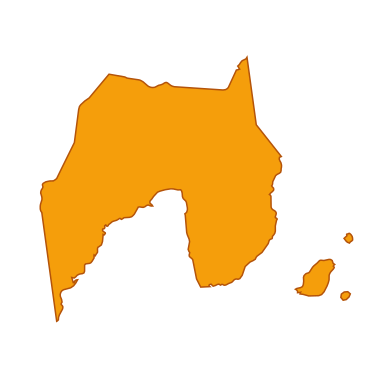 outline of Morobe, rotated 82°
{"feature_id": "PNG-1253", "entity_name": "Morobe", "entity_type": "Province", "adm_level": 1, "iso_a3": "PNG", "parent_name": "Papua New Guinea", "parent_adm1": "", "projection": "mercator", "projection_center": [147.281, -6.648], "detail": "fine", "context": "isolated", "style": "filled", "palette": "amber", "viewbox_px": 384, "rotation_deg": 82, "n_neighbors": 0, "source": "natural_earth", "source_scale": "10m", "svg_char_len": 4821}
<svg xmlns="http://www.w3.org/2000/svg" viewBox="0 0 384 384"><g transform="rotate(82 192 192)"><path d="M169.3,98.6L169.8,100.5L171.5,101.1L173.5,100.6L175.2,99.9L177.8,99.6L179.7,99.9L181.4,100.5L183.2,100.8L184.8,101.5L185.7,103.1L186.4,105.2L187.4,106.9L193.2,110.7L194.1,110.8L195.2,111.1L196.2,111.5L197.0,112.3L198.0,111.8L199.6,110.7L200.8,110.7L201.5,110.9L202.7,112.2L204.2,114.6L205.3,115.7L205.8,115.0L207.1,114.4L217.4,115.7L218.4,115.7L219.5,115.4L220.8,114.4L221.8,113.1L222.9,112.0L224.5,111.5L225.5,111.7L228.3,113.0L229.0,113.0L229.3,112.8L229.4,112.4L229.8,111.9L230.6,111.4L231.1,111.6L231.7,112.2L237.2,114.2L242.3,114.9L244.3,115.7L245.8,117.0L247.0,118.4L247.5,118.6L248.8,118.9L249.3,119.2L249.5,119.8L249.7,120.9L250.0,121.5L250.7,122.3L253.7,123.7L261.6,131.1L264.5,136.4L265.6,137.6L267.4,138.7L268.5,141.2L269.4,144.2L270.6,146.0L273.2,149.7L281.5,153.9L284.4,156.7L284.8,158.3L284.6,159.3L284.3,160.2L284.4,161.5L285.1,162.9L286.1,164.0L287.0,165.3L287.7,168.4L288.7,171.1L288.9,172.5L288.6,173.5L287.9,174.3L287.6,175.3L288.2,176.7L287.0,178.2L287.1,179.8L287.8,181.7L288.2,184.1L287.8,184.6L286.3,185.6L285.9,186.0L286.1,187.3L286.6,188.1L287.4,188.2L288.2,187.5L287.4,196.6L278.7,199.6L259.1,200.7L258.1,201.3L256.1,203.1L255.3,203.6L254.0,203.6L252.8,203.1L251.6,202.7L250.4,203.3L248.3,203.8L240.9,201.3L238.3,201.4L233.7,202.6L231.4,202.9L214.0,201.9L212.6,202.1L212.0,201.0L211.2,200.1L210.1,199.5L208.8,199.0L207.0,198.8L201.5,199.0L200.0,199.5L197.3,201.6L195.4,202.1L191.7,201.9L189.8,202.1L188.2,202.9L188.0,205.6L186.3,210.3L185.9,212.8L186.0,218.2L186.7,223.6L187.4,226.2L191.1,230.7L193.5,232.9L194.6,234.3L195.3,234.9L196.6,235.2L197.5,235.0L198.9,233.6L200.4,232.9L200.2,234.4L199.7,235.6L199.1,236.5L198.8,237.4L199.0,238.8L200.0,240.6L200.4,242.1L200.2,243.5L199.4,246.2L199.6,247.5L200.0,247.7L205.8,252.1L207.0,253.5L208.1,255.2L208.4,257.5L208.0,262.8L208.8,264.4L209.3,265.6L209.0,266.1L208.3,266.6L208.1,267.5L208.7,268.6L209.5,270.6L210.0,274.0L210.3,275.1L212.1,278.0L212.6,279.0L213.3,279.5L213.8,279.9L214.1,280.5L214.0,281.1L213.4,281.5L212.8,281.7L212.6,282.0L213.3,283.2L213.8,283.3L214.5,283.1L215.7,283.6L216.2,284.4L216.1,285.2L216.4,285.7L217.9,285.9L218.4,285.6L220.3,283.6L221.0,283.6L221.6,284.2L222.2,284.7L222.3,285.3L221.7,285.9L228.5,287.5L231.8,289.1L233.2,291.7L233.7,292.9L234.7,293.4L235.8,293.6L236.7,293.7L238.4,293.9L239.4,294.7L240.3,295.6L241.7,296.7L240.7,297.7L241.4,297.9L242.7,298.0L243.9,298.3L246.6,300.5L247.9,301.9L248.4,303.2L248.4,307.4L249.4,308.5L255.5,309.4L257.1,310.3L257.6,311.9L257.6,314.8L258.4,317.2L259.9,319.0L260.8,320.7L259.9,323.0L265.3,322.2L265.3,321.3L264.3,320.9L263.5,320.1L263.0,319.0L263.0,317.5L266.0,319.8L268.4,322.3L270.0,325.5L270.9,332.8L271.8,334.7L273.3,336.0L275.2,336.8L277.1,336.9L280.4,336.1L282.9,336.0L283.5,336.4L284.2,337.0L285.0,337.2L286.3,336.4L287.3,335.9L288.6,336.0L289.9,336.5L295.2,340.4L297.6,341.6L300.0,342.1L300.9,343.2L301.2,344.0L191.4,343.6L190.2,344.2L189.5,344.4L188.5,344.6L187.5,344.6L185.2,344.3L183.9,344.0L182.8,343.6L178.8,341.7L177.0,341.4L175.2,341.5L172.0,342.0L170.5,341.6L169.2,341.0L167.0,339.2L165.8,338.9L164.6,339.1L163.6,339.0L162.7,338.1L161.6,335.4L161.4,333.3L161.3,331.3L161.7,327.7L160.7,325.5L159.8,324.1L150.6,317.9L126.7,301.6L94.4,292.7L91.6,291.5L90.0,289.9L86.9,285.4L84.6,280.8L63.8,257.8L68.6,242.9L69.1,241.9L69.9,240.9L70.4,239.7L73.4,229.5L73.9,228.1L74.9,226.6L76.2,225.0L80.8,221.0L81.7,219.9L82.6,218.2L83.1,216.2L83.1,214.1L81.7,210.2L81.5,207.9L81.1,206.1L80.4,204.6L79.9,203.2L80.0,201.9L80.8,200.8L83.4,198.3L84.5,196.7L85.3,194.8L95.3,147.1L95.3,144.5L94.6,142.8L93.6,141.5L79.0,132.1L77.4,131.1L77.3,129.4L76.9,127.7L76.2,128.1L74.4,128.8L73.7,129.2L72.3,127.3L70.5,125.8L69.0,124.1L67.7,120.1L66.2,118.8L134.4,119.0L168.8,98.9L169.3,98.6ZM309.2,75.1L311.6,77.9L312.3,80.9L311.2,90.8L308.8,96.3L308.0,99.2L306.9,98.7L306.4,98.4L306.5,99.2L306.4,100.7L306.4,101.5L305.3,101.3L304.4,101.5L303.5,102.1L302.7,103.1L302.1,101.6L301.8,97.9L301.2,96.1L300.2,95.2L298.9,94.6L295.8,93.8L292.1,93.5L290.4,92.7L288.9,90.8L288.6,90.0L288.2,87.6L287.5,86.7L283.3,83.1L282.0,81.5L279.7,77.8L278.0,75.7L277.5,74.7L277.5,73.8L278.2,70.9L277.8,65.6L278.2,64.0L279.4,62.7L282.2,62.2L283.6,60.8L283.9,61.4L284.2,61.6L284.6,61.9L285.1,62.4L285.5,62.0L285.8,61.9L286.2,61.8L286.7,61.7L288.0,62.8L290.4,65.7L292.0,67.0L293.6,67.8L298.1,68.5L300.9,69.7L303.8,71.3L309.2,75.1ZM314.9,49.4L317.8,51.1L320.0,54.2L320.2,57.4L317.1,59.3L313.9,58.3L312.2,55.2L312.4,51.6L314.9,49.4ZM259.9,39.4L261.9,39.6L262.8,40.7L263.4,42.1L264.5,43.2L263.4,45.1L262.3,46.1L259.1,47.9L256.9,44.7L256.6,44.7L255.5,44.8L255.3,44.7L255.2,44.2L255.2,43.8L255.2,43.3L254.9,42.9L254.9,41.7L256.3,40.5L258.2,39.6L259.9,39.4Z" fill="#f59e0b" stroke="#b45309" stroke-width="1.5"/></g></svg>